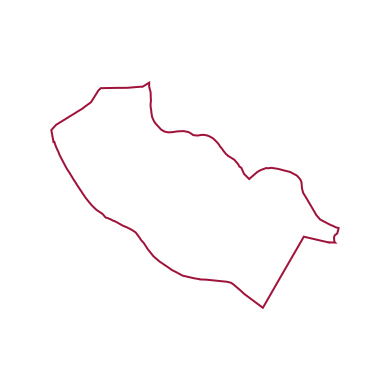 the district of Lower Fuladu West, Central River, Gambia, rotated 13°
{"feature_id": "56634734B90495316975710", "entity_name": "Lower Fuladu West", "entity_type": "district", "adm_level": 2, "iso_a3": "GMB", "parent_name": "Gambia", "parent_adm1": "Central River", "projection": "robinson", "projection_center": [-14.908, 13.525], "detail": "fine", "context": "isolated", "style": "outline", "palette": "rose", "viewbox_px": 384, "rotation_deg": 13, "n_neighbors": 0, "source": "geoboundaries", "source_scale": "gbopen_adm2", "svg_char_len": 2609}
<svg xmlns="http://www.w3.org/2000/svg" viewBox="0 0 384 384"><g transform="rotate(13 192 192)"><path d="M296.5,157.9L295.2,156.0L293.8,154.7L290.5,152.4L283.2,150.4L277.3,150.3L270.8,150.1L263.9,150.6L260.4,151.9L259.0,151.9L254.1,155.1L251.2,157.7L245.2,165.9L244.8,166.5L238.6,162.6L234.5,157.2L233.5,156.9L232.3,156.5L230.9,154.7L226.1,151.1L220.1,149.0L219.0,148.8L218.6,148.3L216.9,147.5L216.4,147.2L213.2,144.7L211.4,143.0L211.3,142.9L208.8,141.1L207.9,140.0L206.3,138.7L205.6,138.2L202.5,136.2L199.9,134.8L196.2,133.8L194.6,133.6L194.0,133.5L191.0,133.6L188.2,134.3L185.6,135.4L185.1,135.6L184.4,135.8L180.5,136.3L180.2,136.2L178.3,135.4L175.3,134.4L170.4,134.5L170.0,134.6L167.7,135.2L165.5,135.8L162.6,136.8L160.3,137.8L156.0,139.1L154.3,139.3L153.2,139.3L151.5,139.3L150.6,139.0L147.8,138.1L141.0,133.4L138.9,131.4L136.4,128.1L135.5,126.0L134.7,124.1L133.7,121.1L132.5,118.3L131.8,115.4L131.5,112.5L130.3,108.2L129.6,105.4L129.0,103.6L127.5,100.9L126.6,99.1L125.7,95.1L120.1,100.6L118.2,101.0L110.3,103.5L105.7,105.0L96.4,107.2L81.9,110.8L79.8,111.3L77.9,114.2L76.7,117.8L73.4,127.2L72.4,128.4L68.4,133.0L65.9,136.0L64.2,137.6L55.7,146.0L54.9,146.8L46.5,155.1L45.8,155.8L44.5,157.1L43.0,159.7L42.9,159.9L41.7,162.1L41.3,162.9L41.0,163.3L45.8,174.5L46.5,174.3L46.6,174.2L48.4,177.1L49.9,179.3L51.5,181.4L52.2,182.2L53.2,183.6L54.7,185.8L61.4,193.6L64.9,197.6L68.6,201.1L73.8,206.5L77.3,209.8L77.9,210.5L89.2,221.2L92.7,224.0L97.1,227.4L102.9,230.9L109.8,233.5L113.6,236.3L115.7,236.4L117.6,236.7L119.7,237.1L121.2,237.7L122.7,237.7L125.6,238.4L131.9,240.3L136.6,241.1L141.1,242.2L146.1,244.0L148.7,246.2L150.3,247.5L153.7,250.7L156.3,252.4L158.3,254.3L161.8,257.7L168.9,263.3L172.9,265.4L175.9,267.0L184.2,270.2L185.6,270.7L189.9,272.5L192.7,273.2L194.0,273.5L201.6,275.6L203.6,275.6L213.1,275.6L220.0,275.2L220.0,275.3L220.5,275.2L225.6,274.2L242.3,272.1L246.2,271.6L247.5,271.6L248.5,271.6L250.4,271.7L252.9,272.6L260.6,276.6L265.9,279.6L287.1,288.9L293.1,269.1L296.7,257.2L303.6,234.6L308.0,220.3L311.0,210.4L336.7,210.4L336.6,210.2L339.8,209.7L342.8,209.1L342.5,208.9L342.2,208.6L342.0,208.3L341.4,207.1L341.1,206.1L341.1,205.9L340.8,205.1L340.6,204.6L340.7,202.7L340.9,202.3L341.1,201.8L341.2,201.6L341.3,201.5L341.3,201.4L341.5,201.2L341.9,200.8L342.4,200.4L342.5,200.2L342.9,199.3L342.9,198.9L342.8,198.6L342.9,197.8L343.0,195.9L343.0,195.1L342.9,194.1L340.2,194.1L337.0,193.3L335.8,193.1L335.0,193.1L323.1,190.0L319.4,187.3L318.3,186.5L309.1,176.7L306.2,173.7L305.1,172.5L305.0,172.4L300.5,167.8L299.0,165.0L298.4,163.8L296.5,157.9Z" fill="none" stroke="#9f1239" stroke-width="2"/></g></svg>